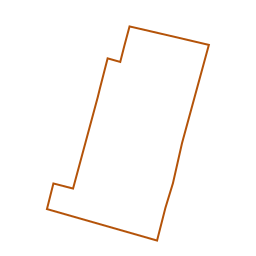 Sandusky, Ohio, United States of America, rotated 285°
{"feature_id": "52423323B66860409179158", "entity_name": "Sandusky", "entity_type": "district", "adm_level": 2, "iso_a3": "USA", "parent_name": "United States of America", "parent_adm1": "Ohio", "projection": "mercator", "projection_center": [-83.077, 41.377], "detail": "fine", "context": "isolated", "style": "outline", "palette": "amber", "viewbox_px": 256, "rotation_deg": 285, "n_neighbors": 0, "source": "geoboundaries", "source_scale": "gbopen_adm2", "svg_char_len": 369}
<svg xmlns="http://www.w3.org/2000/svg" viewBox="0 0 256 256"><g transform="rotate(285 128 128)"><path d="M229.2,184.6L228.7,168.5L227.6,134.9L226.5,103.2L207.2,103.2L189.8,103.4L190.0,90.3L160.3,90.6L159.9,90.6L149.8,90.8L55.3,90.6L55.1,70.3L28.7,70.7L26.8,185.2L60.6,184.8L86.3,185.7L127.4,184.1L229.2,184.6Z" fill="none" stroke="#b45309" stroke-width="2"/></g></svg>